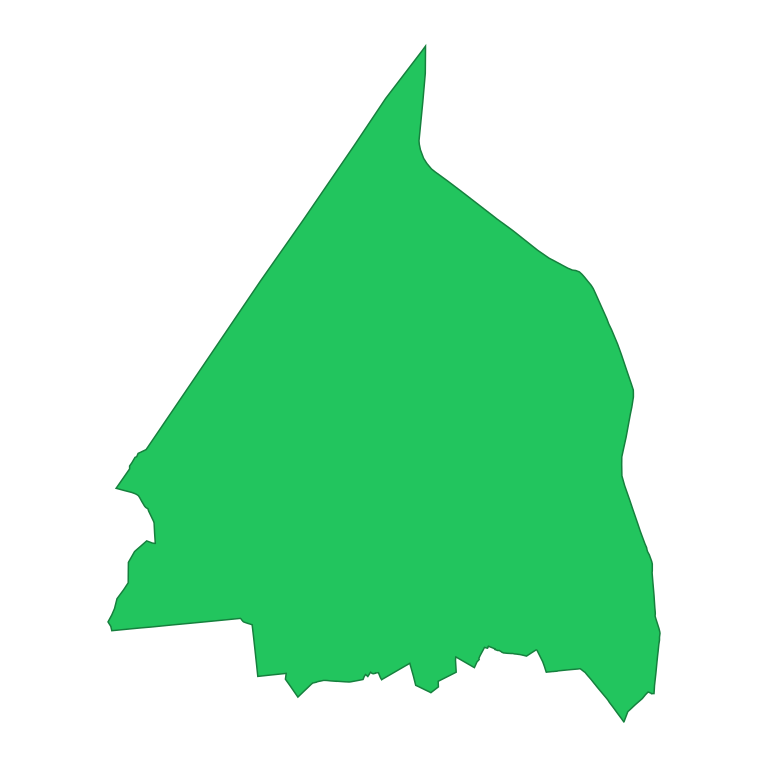 the district of Nagļu pag., Rezeknes, Latvia
{"feature_id": "27541924B68754646621039", "entity_name": "Nagļu pag.", "entity_type": "district", "adm_level": 2, "iso_a3": "LVA", "parent_name": "Latvia", "parent_adm1": "Rezeknes", "projection": "orthographic", "projection_center": [26.915, 56.737], "detail": "fine", "context": "isolated", "style": "filled", "palette": "green", "viewbox_px": 768, "rotation_deg": 0, "n_neighbors": 0, "source": "geoboundaries", "source_scale": "gbopen_adm2", "svg_char_len": 4444}
<svg xmlns="http://www.w3.org/2000/svg" viewBox="0 0 768 768"><path d="M381.7,679.7L381.9,679.4L382.4,679.2L409.8,663.3L413.4,676.1L415.5,684.5L415.7,685.3L418.7,686.7L424.8,689.7L429.6,692.0L430.9,692.7L431.0,692.6L434.5,689.9L438.4,686.9L438.2,681.3L446.1,677.3L449.1,675.8L456.2,672.2L455.5,660.2L455.7,657.1L455.8,656.9L456.5,657.3L473.6,667.2L473.9,667.3L474.4,667.6L477.0,661.9L478.6,660.2L479.2,659.5L478.9,658.3L480.1,655.6L483.3,649.7L484.3,647.7L484.5,647.4L486.6,648.0L487.5,648.2L488.0,647.5L487.9,647.0L488.4,646.2L493.4,648.2L493.6,648.3L494.1,648.6L495.0,648.7L494.9,649.5L495.6,649.7L495.8,649.8L496.9,650.2L497.7,650.5L498.4,650.5L498.8,650.5L499.5,650.5L499.9,650.9L501.3,651.7L501.8,652.2L502.5,652.5L503.8,653.0L504.5,653.0L507.4,653.3L509.4,653.4L510.9,653.5L512.8,653.5L514.4,653.9L516.7,654.1L518.6,654.4L519.7,654.5L520.7,654.7L523.8,655.4L526.5,656.1L532.0,652.5L535.9,650.0L536.6,650.0L537.0,650.3L540.0,656.3L540.4,657.1L542.7,661.7L544.4,666.4L546.1,671.8L546.3,672.2L547.6,672.0L550.2,671.8L551.8,671.6L553.0,671.5L553.6,671.5L555.1,671.3L555.7,671.3L557.0,671.2L557.6,671.0L558.5,670.8L559.3,670.7L559.8,670.7L562.6,670.4L566.6,670.0L572.0,669.5L576.6,669.1L578.0,669.0L578.4,668.9L580.2,668.7L582.3,670.3L582.8,670.7L584.2,671.8L585.1,672.4L586.2,673.8L588.2,676.2L588.3,676.3L588.5,676.5L591.1,679.5L594.5,683.8L595.2,684.6L595.3,684.7L595.5,685.0L597.0,686.9L598.4,688.6L600.5,691.1L603.4,694.6L605.6,697.2L606.7,698.5L608.3,700.6L609.2,702.1L610.0,703.2L612.6,706.6L618.0,714.0L621.0,718.0L623.8,721.9L624.0,721.8L627.8,711.7L635.4,704.6L642.3,698.6L645.0,695.3L645.3,694.9L648.1,692.0L651.0,693.2L651.4,693.7L652.2,693.7L652.7,693.6L653.9,693.6L654.0,693.6L654.3,689.4L654.5,685.7L654.9,682.1L655.9,673.1L657.0,661.6L657.5,656.8L657.6,655.7L658.1,651.5L658.8,644.6L659.5,640.1L659.5,638.0L659.5,637.2L659.8,634.9L660.0,633.4L659.8,631.9L659.0,628.6L658.3,626.4L656.0,619.2L655.1,616.1L655.3,613.7L655.2,611.7L654.8,607.4L654.0,595.2L652.8,581.3L652.1,572.7L652.3,570.6L652.3,566.1L652.3,564.0L651.7,561.4L649.3,554.8L647.6,551.7L647.0,549.7L646.6,547.6L644.9,543.7L640.2,531.0L637.9,524.1L632.9,509.6L629.9,500.6L624.6,485.5L621.9,475.8L621.7,464.5L621.8,456.9L623.7,448.1L626.1,437.2L630.3,414.4L631.8,407.2L633.4,397.0L633.4,393.0L633.3,390.0L631.5,384.4L629.0,377.1L626.4,369.5L621.3,354.3L617.6,344.1L611.6,329.8L608.7,323.8L606.8,318.7L600.8,305.3L595.8,294.1L593.2,288.5L591.1,285.2L587.6,281.0L584.9,277.6L582.1,274.4L579.4,271.9L575.7,270.5L572.4,270.1L569.2,268.7L568.6,268.5L567.9,268.2L548.8,258.0L537.7,250.3L512.6,230.4L496.3,218.5L496.0,218.2L489.8,213.4L462.4,192.2L447.5,180.9L435.4,172.1L431.4,168.9L426.9,163.5L423.6,158.3L420.4,149.7L419.3,144.3L419.0,140.8L422.8,102.0L424.6,81.4L425.3,73.3L425.5,50.2L425.5,48.9L425.5,46.1L421.7,51.3L421.4,51.7L385.7,98.4L354.2,145.5L302.2,221.5L260.6,280.8L195.7,376.6L146.1,449.6L138.1,453.4L136.7,456.7L135.0,457.4L131.9,462.7L129.6,466.0L129.6,468.9L117.1,486.9L116.6,487.6L116.1,488.3L124.6,490.6L127.7,491.4L131.6,492.4L135.4,493.8L137.2,494.8L138.3,495.6L138.6,496.0L139.5,497.3L141.8,501.5L144.3,505.7L144.8,506.4L145.7,507.4L147.1,508.3L147.9,508.7L148.2,509.7L148.6,511.0L153.5,521.2L153.9,522.2L154.1,523.2L154.6,533.1L155.0,538.9L155.3,543.4L154.9,543.4L152.5,543.1L146.7,540.9L134.6,551.5L128.4,562.4L128.3,570.8L128.2,582.8L123.6,589.8L117.0,598.7L114.5,608.6L111.8,614.9L108.0,621.9L110.8,626.4L111.8,630.7L123.0,629.6L139.6,628.0L151.4,627.0L170.4,625.1L189.6,623.3L206.4,621.7L225.0,619.9L240.2,618.4L240.5,618.4L241.0,618.9L241.9,620.1L242.8,621.2L243.6,621.9L245.5,622.6L247.5,623.3L250.2,624.1L252.2,624.8L252.2,625.2L253.6,637.3L255.6,655.6L255.6,655.8L256.3,662.1L257.8,676.4L270.8,675.0L286.2,673.4L285.4,679.2L289.9,685.5L297.9,697.1L300.7,694.4L303.8,691.4L307.4,688.0L311.2,684.3L312.3,683.4L312.4,683.2L312.5,683.1L316.4,682.2L316.9,681.9L318.7,681.4L320.8,681.0L323.5,680.4L325.2,680.4L327.2,680.5L330.9,680.9L336.4,681.3L336.4,681.2L342.2,681.6L345.1,681.8L349.3,682.0L350.9,681.8L351.4,681.7L356.3,680.8L357.9,680.5L363.0,679.5L363.1,679.4L363.4,678.5L363.6,678.1L363.7,677.8L363.8,677.5L364.1,676.9L364.3,676.4L364.6,676.0L364.9,675.5L365.2,675.0L365.6,674.5L367.8,676.5L369.3,674.2L370.6,672.2L371.9,673.3L372.6,673.6L373.1,673.7L373.6,673.7L375.4,673.3L375.5,672.9L376.4,672.9L377.0,672.8L377.4,672.8L378.2,672.6L378.4,672.7L380.4,677.6L381.1,678.9L381.7,679.7Z" fill="#22c55e" stroke="#15803d" stroke-width="1.5"/></svg>